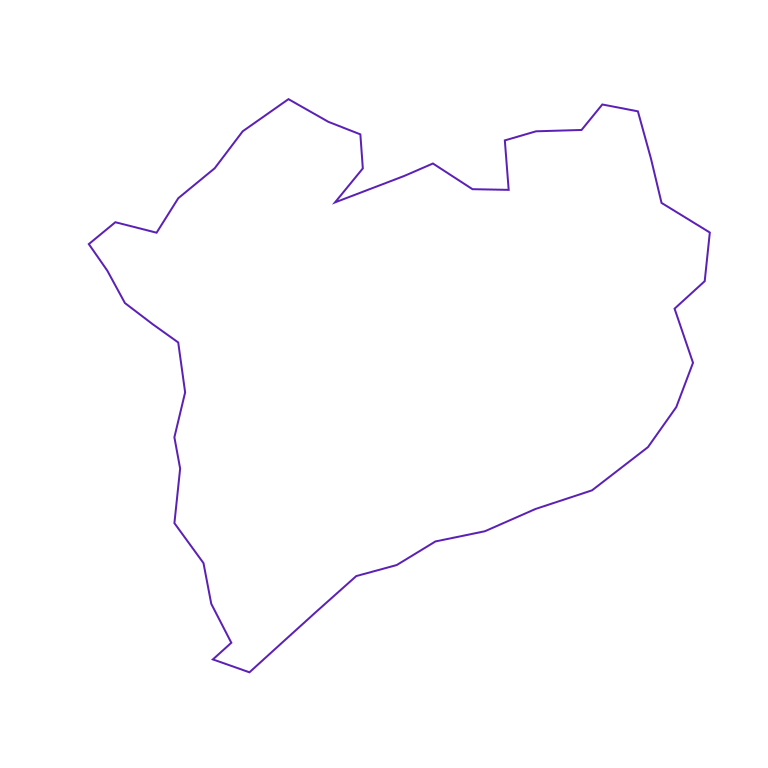 the district of Meniko, Nicosia, Cyprus, rotated 186°
{"feature_id": "46923920B66870539370935", "entity_name": "Meniko", "entity_type": "district", "adm_level": 2, "iso_a3": "CYP", "parent_name": "Cyprus", "parent_adm1": "Nicosia", "projection": "natural_earth1", "projection_center": [33.147, 35.101], "detail": "fine", "context": "isolated", "style": "outline", "palette": "violet", "viewbox_px": 768, "rotation_deg": 186, "n_neighbors": 0, "source": "geoboundaries", "source_scale": "gbopen_adm2", "svg_char_len": 759}
<svg xmlns="http://www.w3.org/2000/svg" viewBox="0 0 768 768"><g transform="rotate(186 384 384)"><path d="M525.4,92.2L487.7,83.2L457.7,116.8L427.6,150.4L391.5,190.1L352.4,205.3L316.4,232.8L268.3,248.1L220.2,275.6L166.0,300.0L114.9,348.8L90.9,391.6L78.9,437.4L102.9,489.3L75.8,519.8L75.8,568.7L126.9,593.1L142.0,635.9L160.0,681.7L196.1,684.8L214.1,657.3L259.2,651.2L289.3,638.9L280.3,590.1L316.4,587.0L358.4,608.4L385.5,593.1L451.7,559.5L427.6,596.2L433.6,629.8L466.7,638.9L508.8,657.3L550.9,620.6L574.9,580.9L608.0,547.3L626.0,510.7L668.1,516.8L692.2,492.3L671.1,467.9L650.1,437.4L620.0,419.1L593.0,403.8L580.9,354.9L586.9,309.1L577.9,278.6L577.9,223.7L544.8,187.0L532.8,147.3L508.8,110.7L525.4,92.2Z" fill="none" stroke="#5b21b6" stroke-width="2"/></g></svg>